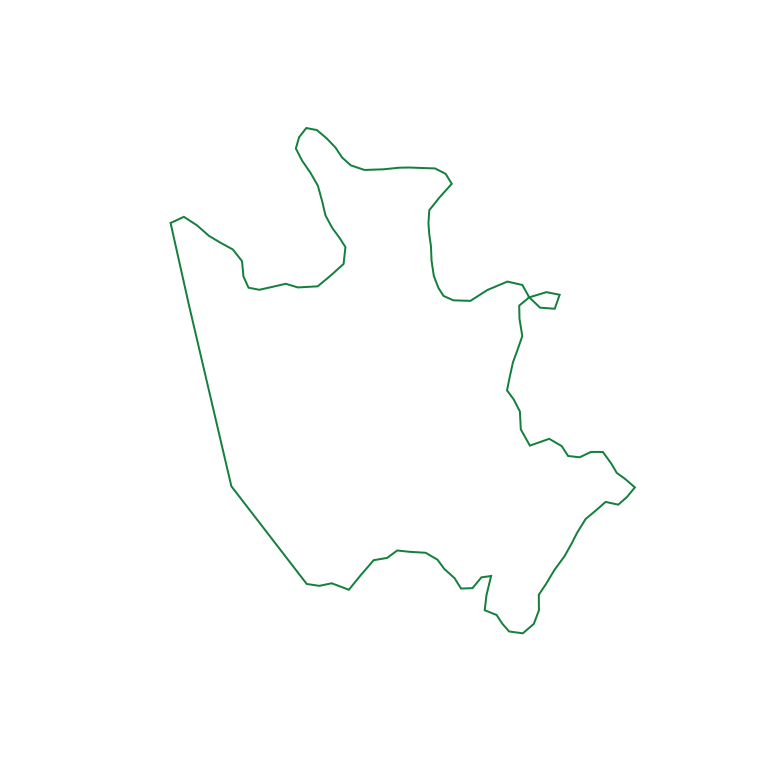 outline of Marema, Santa Catarina, Brazil, rotated 33°
{"feature_id": "56859067B18481961771454", "entity_name": "Marema", "entity_type": "district", "adm_level": 2, "iso_a3": "BRA", "parent_name": "Brazil", "parent_adm1": "Santa Catarina", "projection": "robinson", "projection_center": [-52.623, -26.808], "detail": "fine", "context": "isolated", "style": "outline", "palette": "green", "viewbox_px": 768, "rotation_deg": 33, "n_neighbors": 0, "source": "geoboundaries", "source_scale": "gbopen_adm2", "svg_char_len": 1618}
<svg xmlns="http://www.w3.org/2000/svg" viewBox="0 0 768 768"><g transform="rotate(33 384 384)"><path d="M428.1,593.8L439.7,588.5L448.7,579.6L466.6,575.7L468.6,557.0L471.3,537.4L481.3,528.2L485.8,516.4L496.3,511.1L510.8,502.9L524.5,502.2L535.4,506.3L548.9,508.4L560.0,513.6L569.4,507.0L571.0,493.1L578.4,486.7L585.0,505.4L591.7,518.9L604.2,516.4L613.5,520.5L623.7,523.4L636.2,517.5L640.3,503.6L637.2,489.4L628.6,476.4L628.8,463.6L628.2,446.7L629.2,430.3L628.2,414.9L627.0,404.0L626.6,387.5L630.6,374.5L634.1,362.2L646.2,357.6L649.3,346.4L650.7,334.1L637.8,332.3L627.6,331.8L618.1,327.0L604.6,321.8L594.6,328.2L588.0,338.9L577.6,344.1L566.9,339.3L552.4,340.0L539.9,356.2L523.5,347.6L512.9,333.0L501.2,326.3L490.7,322.4L485.8,310.1L480.3,295.5L477.8,284.3L473.9,268.5L462.1,255.5L454.7,244.6L458.6,232.2L446.1,225.6L431.7,230.9L419.6,248.7L411.2,267.2L396.5,276.1L385.9,277.7L377.4,273.8L367.0,266.3L356.8,254.8L348.2,242.7L340.4,233.8L333.8,225.1L327.3,213.5L328.9,197.5L331.8,179.2L321.3,174.2L309.4,175.4L297.8,182.4L287.1,188.8L278.7,194.5L266.8,204.1L251.1,215.1L237.1,218.7L225.5,216.9L214.4,212.1L201.9,209.2L189.4,207.6L179.4,211.7L178.4,223.3L181.8,234.5L193.9,241.4L207.0,246.8L220.5,253.7L232.6,264.4L243.1,274.5L255.6,281.3L267.7,285.9L277.1,290.2L284.7,305.3L280.1,322.4L275.2,338.2L259.2,349.9L247.0,353.5L237.5,363.3L228.1,372.9L217.9,377.0L207.6,370.4L198.0,358.3L183.9,353.5L169.9,354.6L156.4,355.1L140.8,352.8L125.1,352.8L117.3,365.2L177.9,424.5L311.7,552.9L428.1,593.8ZM458.6,232.2L473.3,235.0L486.2,227.9L482.7,213.5L470.2,218.5L458.6,232.2Z" fill="none" stroke="#15803d" stroke-width="2"/></g></svg>